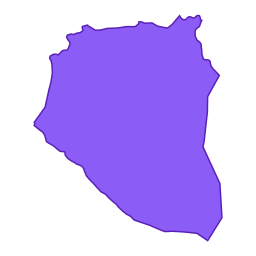 Al-Hasakeh, Hasaka (Al Haksa), Syria
{"feature_id": "27442178B13029247631939", "entity_name": "Al-Hasakeh", "entity_type": "district", "adm_level": 2, "iso_a3": "SYR", "parent_name": "Syria", "parent_adm1": "Hasaka (Al Haksa)", "projection": "albers", "projection_center": [40.726, 36.168], "detail": "fine", "context": "isolated", "style": "filled", "palette": "violet", "viewbox_px": 256, "rotation_deg": 0, "n_neighbors": 0, "source": "geoboundaries", "source_scale": "gbopen_adm2", "svg_char_len": 2660}
<svg xmlns="http://www.w3.org/2000/svg" viewBox="0 0 256 256"><path d="M219.3,75.5L218.1,74.0L213.1,68.9L211.3,66.5L210.5,64.0L210.1,61.5L209.4,60.4L207.9,59.8L206.5,59.8L203.9,59.5L203.3,58.6L202.0,54.8L201.6,49.2L201.1,45.1L201.0,44.0L200.1,42.7L199.4,41.8L197.7,40.6L197.1,40.1L196.7,39.3L195.3,36.6L195.0,31.4L196.1,29.0L197.1,28.2L199.3,26.6L200.2,24.2L200.8,22.6L201.8,20.3L200.4,19.7L200.4,19.1L200.2,17.8L199.7,16.2L199.2,15.6L198.5,15.4L197.4,15.7L196.7,15.8L196.2,16.3L196.0,16.5L195.3,17.0L194.7,17.8L193.5,18.1L191.5,17.3L190.6,16.8L189.5,16.8L188.7,16.9L187.4,17.7L186.4,18.8L185.6,19.7L185.4,19.7L182.9,19.6L180.5,17.4L179.6,15.7L178.0,17.5L172.1,24.5L167.4,28.1L157.8,26.2L156.1,25.3L152.0,22.9L148.0,23.1L144.8,23.2L141.2,21.8L138.9,21.8L138.6,23.8L137.3,24.9L136.0,26.1L135.8,26.2L134.0,26.7L126.3,26.6L117.7,28.0L107.2,28.4L100.1,30.1L95.4,30.2L93.5,29.1L90.5,27.2L87.9,25.8L87.6,25.1L84.9,25.7L84.6,25.8L84.3,25.9L82.6,26.4L82.2,26.9L82.2,27.1L82.3,28.1L82.8,30.1L82.4,31.2L80.3,32.5L77.4,33.1L76.5,33.3L76.0,33.5L73.6,34.5L71.0,34.0L67.4,35.1L66.6,37.0L67.5,39.1L70.0,42.6L69.8,44.5L68.3,48.3L67.9,48.9L67.0,50.2L64.5,50.2L62.6,50.6L62.2,51.0L60.0,53.1L58.4,54.6L58.0,54.9L56.1,54.2L53.6,54.2L50.2,56.1L49.6,58.1L51.3,61.3L52.0,65.2L52.3,71.2L52.4,72.7L52.1,74.7L51.1,81.4L50.5,83.7L49.6,87.4L49.1,89.0L45.1,107.2L43.2,109.8L42.8,110.4L35.7,120.3L35.1,121.1L34.2,122.4L34.8,123.8L34.1,125.5L36.1,127.0L37.7,128.4L40.6,130.7L42.2,131.7L43.5,133.2L45.0,136.0L45.5,138.1L46.5,141.6L47.6,142.4L49.8,143.7L52.2,145.1L53.8,146.0L55.3,147.4L58.2,149.9L60.1,151.3L61.6,151.5L64.6,151.8L64.8,152.4L65.3,155.3L66.8,157.2L68.1,158.7L69.3,159.5L71.6,161.1L72.7,161.6L75.4,163.1L76.5,164.1L79.7,165.1L82.2,166.5L83.8,168.9L84.4,170.9L84.7,172.0L85.6,173.5L86.2,175.6L87.6,177.2L89.1,179.1L89.4,179.1L90.4,180.5L93.4,183.4L94.5,184.7L97.2,187.7L98.7,189.2L100.7,191.6L101.4,192.0L102.1,192.4L104.0,193.4L105.7,194.4L106.6,195.5L107.7,196.7L109.4,198.4L111.1,200.0L116.5,204.5L118.6,207.3L119.3,207.9L120.7,209.2L122.3,210.8L126.7,214.3L128.5,215.2L130.7,216.4L131.8,217.5L132.4,218.4L133.7,219.4L134.7,220.3L136.8,220.9L140.9,222.3L142.4,222.8L149.5,225.2L155.5,227.8L158.6,229.1L164.5,231.5L170.0,231.4L171.9,231.2L178.3,231.6L183.3,231.9L188.5,232.4L196.9,233.3L206.2,239.6L207.7,240.6L214.9,229.0L221.9,217.8L221.5,209.9L220.2,188.9L220.1,187.5L219.9,183.5L218.1,179.6L213.3,169.3L204.5,150.1L203.8,148.6L203.0,147.0L203.7,143.3L203.8,142.9L203.9,142.2L204.2,140.7L205.4,129.6L206.9,116.3L207.4,112.0L207.4,108.6L207.5,103.6L207.6,99.1L207.6,97.9L207.7,96.5L210.0,92.3L212.0,88.7L219.3,75.5Z" fill="#8b5cf6" stroke="#5b21b6" stroke-width="1.5"/></svg>